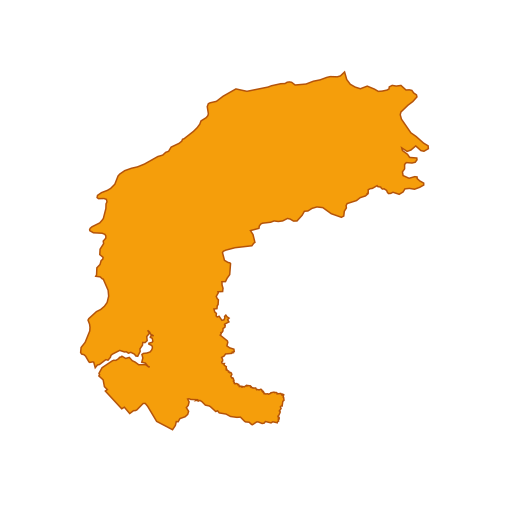 the district of Temeke, Dar-Es-Salaam, United Republic of Tanzania, rotated 257°
{"feature_id": "72390352B94835751472469", "entity_name": "Temeke", "entity_type": "district", "adm_level": 2, "iso_a3": "TZA", "parent_name": "United Republic of Tanzania", "parent_adm1": "Dar-Es-Salaam", "projection": "robinson", "projection_center": [39.284, -6.996], "detail": "fine", "context": "isolated", "style": "filled", "palette": "amber", "viewbox_px": 512, "rotation_deg": 257, "n_neighbors": 0, "source": "geoboundaries", "source_scale": "gbopen_adm2", "svg_char_len": 6097}
<svg xmlns="http://www.w3.org/2000/svg" viewBox="0 0 512 512"><g transform="rotate(257 256 256)"><path d="M174.5,75.9L169.7,79.2L162.8,78.9L159.3,81.1L158.3,78.8L137.3,90.8L138.3,93.7L130.9,97.5L132.9,102.0L132.5,103.4L132.8,105.2L137.7,112.8L137.3,114.9L133.9,116.6L117.2,122.0L105.5,135.6L109.0,139.3L112.6,141.1L112.0,142.8L114.7,145.3L115.3,150.8L117.0,153.8L119.8,155.4L123.9,154.0L125.7,156.4L128.9,158.0L132.0,157.2L132.0,158.6L130.9,160.2L129.3,166.1L128.7,165.0L128.5,166.9L127.6,167.0L127.9,168.9L126.2,170.6L122.1,173.1L120.4,176.7L119.4,177.7L113.5,181.8L113.8,183.7L111.4,184.9L108.7,191.3L105.4,195.0L103.1,201.0L102.5,204.6L97.5,207.7L96.7,208.5L95.6,211.9L92.8,213.8L92.4,214.6L94.2,219.4L93.8,220.9L91.4,224.3L91.3,226.3L92.6,228.0L90.0,233.1L90.7,235.1L88.7,239.2L89.7,239.7L90.1,240.9L91.9,241.0L91.8,241.7L92.8,242.2L93.5,242.2L93.4,241.5L95.0,241.3L95.4,242.2L98.2,244.3L99.1,244.5L99.8,243.9L101.7,246.1L103.5,245.8L104.4,247.4L104.1,247.8L108.3,249.4L109.1,250.8L111.9,251.1L112.4,250.7L114.7,251.8L115.3,250.9L114.4,250.8L114.5,250.1L116.5,249.2L116.9,245.7L117.4,245.9L118.6,244.8L118.6,243.5L119.3,243.0L119.4,239.7L118.9,239.4L118.5,237.1L119.1,236.5L119.5,233.9L120.1,233.6L120.1,232.9L121.4,232.9L121.9,232.2L122.3,232.6L123.0,232.2L123.0,231.6L124.5,231.4L125.1,230.8L124.8,228.8L125.6,227.5L125.6,226.5L127.5,226.0L127.9,223.4L128.4,223.3L128.9,222.0L129.6,222.0L129.6,221.3L130.7,221.4L131.9,218.2L131.5,217.9L132.1,217.6L131.1,215.1L131.7,214.0L131.4,213.4L132.2,213.0L132.4,212.3L131.9,212.2L132.9,211.1L132.6,210.4L134.7,210.2L134.7,209.3L135.4,209.3L136.1,208.4L136.2,206.7L137.2,206.1L137.6,206.5L139.2,205.8L139.5,206.5L141.7,206.3L141.8,205.9L142.6,205.9L142.6,205.0L144.5,204.4L145.9,205.8L147.3,205.7L148.0,205.3L148.1,204.3L148.7,204.3L149.1,203.2L149.9,203.5L151.8,201.4L152.3,202.1L153.1,201.6L154.8,202.2L156.5,200.6L157.5,200.4L158.3,201.0L158.8,199.0L160.1,198.7L160.8,198.9L161.2,199.9L162.8,200.2L164.9,199.7L165.7,202.4L167.4,204.3L166.6,210.4L167.1,211.1L167.0,211.7L167.6,211.4L167.7,213.3L170.2,213.5L172.5,209.6L175.0,207.4L178.2,209.1L179.7,209.0L187.0,203.3L188.1,204.7L189.3,204.6L189.3,205.8L190.4,206.9L192.8,207.6L193.6,209.7L195.3,210.4L195.7,209.9L196.6,210.0L197.9,214.8L200.3,214.0L201.5,215.8L203.3,214.1L205.2,213.3L204.2,211.8L202.7,211.7L201.0,210.4L201.0,208.3L205.6,206.5L205.3,204.5L206.6,203.7L209.0,204.5L210.8,203.2L213.8,203.1L213.5,206.1L216.4,207.1L217.1,208.1L221.8,209.5L223.2,208.6L225.6,208.2L228.5,210.9L229.7,210.9L228.9,215.5L232.0,216.6L235.4,216.4L238.6,217.0L237.9,220.5L240.7,222.7L243.8,226.2L254.3,229.5L255.2,229.0L256.0,227.3L258.9,224.3L266.9,224.1L268.0,225.3L268.5,227.9L268.8,237.4L266.9,254.3L269.0,256.7L269.5,258.0L277.6,257.9L282.0,256.3L282.3,265.1L284.5,266.0L286.1,267.9L286.5,269.7L285.6,277.9L286.1,281.5L284.6,285.5L284.2,289.9L285.5,295.1L284.3,297.6L281.6,300.4L280.9,303.8L285.3,310.1L288.7,313.2L288.2,316.7L289.8,321.3L290.1,326.4L288.1,332.0L280.3,338.8L274.5,347.9L275.2,350.5L279.7,352.1L282.5,354.9L284.8,355.1L286.6,356.6L287.4,366.4L289.4,370.6L289.9,376.2L291.4,379.0L291.8,378.5L292.5,379.6L295.3,380.2L295.9,382.3L295.7,384.6L297.3,389.8L296.2,390.3L295.1,393.0L293.6,393.5L292.7,394.5L292.7,395.9L290.5,398.0L288.3,398.4L287.0,399.2L286.7,401.3L287.3,403.8L283.9,409.4L285.3,413.7L287.9,416.2L287.4,420.6L285.4,425.5L286.1,431.0L287.4,435.4L289.3,435.8L292.4,432.4L295.1,430.5L296.8,430.7L297.6,428.6L297.3,422.6L301.3,417.4L305.0,417.6L307.5,420.4L311.8,421.4L313.2,423.5L311.5,428.9L311.5,432.2L313.5,434.5L315.3,434.7L317.5,427.9L321.0,426.5L325.8,422.4L328.6,422.3L323.9,426.8L324.4,430.8L327.3,436.4L321.6,440.4L320.3,443.2L321.8,448.1L324.6,448.5L328.4,444.6L336.3,439.0L341.2,434.6L356.6,428.5L361.2,428.3L363.7,429.6L368.8,438.1L371.2,443.5L374.8,448.6L376.9,448.6L379.4,446.3L382.3,445.1L383.4,442.8L384.0,439.5L389.6,435.6L390.0,430.9L391.6,427.1L390.8,423.9L388.9,423.2L388.2,421.0L388.3,415.9L388.9,412.2L392.0,408.9L396.5,402.6L395.5,395.3L398.3,390.6L402.1,386.5L407.5,384.1L415.4,383.7L412.5,378.8L412.3,375.5L414.1,368.7L414.1,365.2L413.2,358.1L413.4,351.2L412.3,343.4L413.8,332.6L417.2,329.8L418.1,327.7L418.3,325.4L417.5,323.1L418.3,318.9L418.4,309.3L417.9,305.8L418.5,284.2L423.3,274.0L419.1,259.9L415.6,252.2L415.6,245.7L415.1,243.8L412.5,242.1L405.4,241.6L403.6,240.7L402.0,238.6L400.0,232.8L397.1,230.9L394.3,227.6L391.5,223.1L386.4,212.2L386.3,210.7L384.6,209.5L383.1,206.5L381.2,197.8L377.7,194.4L377.3,191.3L375.3,187.8L375.0,182.7L370.7,168.1L369.5,160.6L369.5,154.3L368.7,147.3L366.5,141.7L365.0,139.6L357.7,134.6L354.5,129.5L353.4,126.0L352.5,119.7L350.7,115.2L348.7,114.3L347.3,115.4L346.2,120.8L344.8,123.0L342.3,123.0L340.5,121.6L336.0,120.4L326.9,115.7L325.4,114.0L323.4,111.2L321.4,102.8L320.3,100.7L319.1,99.8L318.0,99.8L315.2,102.8L312.8,111.2L311.1,113.6L309.4,114.2L307.2,113.7L304.9,110.5L302.3,110.3L297.7,105.6L292.5,104.1L289.1,106.7L287.4,106.0L286.4,104.1L282.8,102.1L280.3,98.3L273.5,96.4L272.3,95.3L270.7,99.5L268.3,101.1L267.8,102.0L255.9,104.2L250.0,103.4L244.2,100.5L241.1,97.0L238.8,92.6L237.7,88.0L232.6,79.0L231.3,77.9L227.0,78.5L223.8,78.2L220.4,77.2L210.3,70.1L206.2,65.0L201.4,63.4L199.7,64.0L198.5,66.2L196.8,67.4L190.4,69.4L189.7,70.1L189.6,73.0L189.0,74.0L183.3,74.2L185.5,77.0L185.5,79.1L188.8,86.4L187.8,88.4L190.1,91.4L191.8,92.3L192.7,94.1L194.7,102.0L192.1,106.2L191.8,108.2L190.0,109.8L190.3,112.4L187.7,115.5L185.6,116.4L184.9,118.2L189.0,121.6L191.6,122.0L194.6,125.3L197.2,126.2L196.6,128.4L198.0,130.9L202.1,131.4L204.7,134.8L208.0,133.7L205.8,135.2L203.6,135.7L201.2,138.3L201.9,136.8L201.7,135.3L200.5,134.7L199.1,136.4L196.1,136.3L195.3,135.4L195.1,132.0L194.2,131.8L192.4,134.1L191.2,134.6L189.5,134.3L187.7,133.0L186.3,131.1L186.0,127.6L186.4,124.4L185.7,122.7L182.1,122.8L178.2,120.8L176.6,124.1L172.7,126.0L171.8,127.5L172.1,126.4L175.0,124.0L176.4,117.3L179.9,114.3L181.8,111.9L185.7,109.7L185.5,106.0L188.5,102.8L187.8,101.6L188.1,101.0L187.8,99.9L187.1,99.5L185.8,96.1L186.4,93.8L186.1,92.2L181.8,80.9L177.0,76.6L175.5,76.9L174.5,75.9Z" fill="#f59e0b" stroke="#b45309" stroke-width="1.5"/></g></svg>